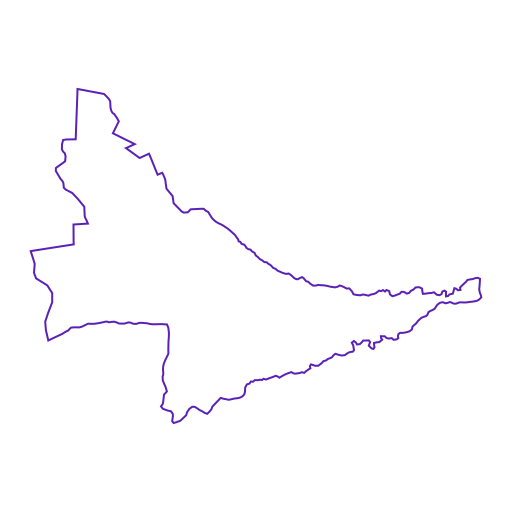 Kajiado North, Rift Valley, Kenya (orthographic projection)
{"feature_id": "3690345B68273600363858", "entity_name": "Kajiado North", "entity_type": "district", "adm_level": 2, "iso_a3": "KEN", "parent_name": "Kenya", "parent_adm1": "Rift Valley", "projection": "orthographic", "projection_center": [36.729, -1.37], "detail": "fine", "context": "isolated", "style": "outline", "palette": "violet", "viewbox_px": 512, "rotation_deg": 0, "n_neighbors": 0, "source": "geoboundaries", "source_scale": "gbopen_adm2", "svg_char_len": 5257}
<svg xmlns="http://www.w3.org/2000/svg" viewBox="0 0 512 512"><path d="M479.8,282.7L480.0,278.8L477.7,277.8L475.5,278.1L472.5,279.1L469.6,279.5L467.4,280.0L466.2,281.6L461.2,286.3L460.0,287.7L460.5,289.9L458.0,290.3L456.2,288.7L454.4,288.2L452.8,293.7L449.5,294.4L448.0,296.0L446.0,296.4L445.9,293.7L446.1,291.7L444.5,290.6L442.3,291.6L441.5,294.1L439.6,295.2L436.7,294.7L434.0,292.3L431.3,293.0L428.8,293.1L426.0,293.6L422.9,293.8L422.3,291.1L422.1,288.7L420.1,287.5L418.3,287.2L415.5,287.5L413.4,289.6L410.9,290.8L409.2,292.9L406.9,293.6L403.9,291.9L401.6,291.8L399.6,293.8L397.3,294.6L394.7,295.6L392.4,296.2L390.0,294.4L389.2,291.1L386.4,290.0L385.0,291.5L383.0,290.1L381.2,291.1L379.2,290.6L377.7,291.7L375.8,293.2L373.4,294.1L370.9,294.5L368.7,295.6L366.7,295.3L365.0,294.8L362.9,294.5L360.3,295.3L356.9,295.0L353.5,294.3L352.0,291.4L349.3,288.4L346.5,288.5L343.8,287.0L341.5,286.0L339.7,285.5L337.7,286.7L334.8,287.4L332.7,287.0L330.8,286.8L328.8,286.3L326.3,285.7L323.4,285.3L320.5,285.2L318.0,284.9L315.9,285.6L313.1,285.6L310.1,283.6L308.2,281.7L306.2,281.3L303.5,278.1L302.0,277.1L300.0,278.0L297.7,279.3L295.9,279.0L294.1,278.0L291.9,275.9L290.5,274.7L288.5,273.5L286.7,273.9L284.9,273.6L282.7,272.9L280.4,271.9L277.5,270.6L275.6,268.9L273.2,267.9L270.7,265.2L268.2,263.7L266.7,262.3L264.4,262.1L262.1,260.3L259.7,259.0L258.1,257.2L255.8,255.5L254.5,252.8L251.9,251.3L250.5,249.6L248.3,249.2L246.3,247.7L245.4,246.0L244.2,244.6L241.6,243.9L240.4,241.9L238.6,241.3L238.2,239.5L236.5,237.2L235.1,235.1L233.7,233.8L231.8,232.1L229.9,230.4L227.6,228.5L225.0,226.8L222.1,224.9L219.3,223.6L216.4,222.1L213.6,219.8L211.7,217.7L209.8,214.6L208.2,212.0L205.8,210.7L203.7,208.8L201.1,208.8L190.7,209.3L187.8,212.3L183.8,212.6L181.7,211.5L173.6,203.2L173.3,200.8L172.6,196.1L166.5,188.7L165.6,182.7L165.4,180.4L164.9,178.6L163.1,174.4L162.1,172.8L157.6,174.7L150.1,156.2L149.0,153.7L139.6,158.0L126.0,148.1L134.7,144.1L112.9,133.3L118.8,121.3L116.7,117.6L114.2,114.0L112.6,113.0L111.3,110.8L110.5,107.6L110.2,101.4L108.9,99.0L106.4,96.3L104.1,94.0L77.5,89.0L77.4,93.1L75.7,139.3L66.1,139.5L63.1,140.0L62.0,144.4L61.9,149.3L63.0,151.5L64.8,153.3L65.6,156.4L65.1,161.3L62.8,163.0L58.5,166.1L55.9,168.0L55.8,170.9L57.4,173.6L60.5,178.8L62.6,181.3L63.4,183.2L63.6,185.2L63.8,187.7L65.9,189.7L72.1,192.9L78.0,199.1L84.3,206.8L84.7,216.3L85.4,218.2L86.5,220.3L87.9,223.6L73.5,224.5L73.6,241.2L73.7,244.4L53.6,247.5L30.7,251.1L33.7,260.5L34.7,263.8L34.0,272.8L36.1,278.4L47.3,285.4L52.2,293.1L52.2,302.2L48.0,313.3L45.2,321.7L45.9,330.1L48.3,340.5L54.5,337.5L57.5,336.1L62.1,334.0L65.6,331.7L68.2,330.6L69.4,329.1L71.1,327.6L74.5,327.3L79.3,327.4L81.9,326.7L85.3,325.0L88.1,323.7L90.4,323.8L94.1,323.8L97.1,323.4L99.9,322.9L102.8,322.3L105.2,321.7L107.3,321.6L109.0,322.3L111.5,321.9L114.3,321.7L117.1,322.6L119.0,323.5L121.7,323.6L124.5,323.6L126.7,322.9L128.7,322.4L130.7,322.7L133.3,323.8L136.3,323.9L139.2,322.9L141.2,322.8L147.2,323.3L150.0,324.0L153.2,324.3L161.9,324.1L167.0,324.5L168.3,327.6L168.9,332.6L168.9,335.9L168.5,341.5L168.4,345.3L168.3,350.1L168.4,353.4L167.7,355.2L165.3,360.0L163.7,364.0L163.1,367.2L163.0,369.8L163.2,372.0L163.3,374.3L162.6,376.7L162.8,380.4L164.0,383.4L165.6,387.1L166.9,391.5L164.0,394.6L163.1,402.5L162.6,404.2L161.0,406.4L162.9,408.8L165.5,409.8L167.9,410.6L171.0,411.3L172.8,413.9L172.9,416.2L172.2,421.2L173.6,423.0L176.1,422.3L178.8,421.3L180.5,420.6L186.2,415.2L187.0,412.3L189.3,408.9L192.2,406.8L194.7,406.8L197.3,408.4L200.0,410.3L201.7,411.0L204.5,412.8L207.2,413.8L209.5,411.6L211.3,409.4L212.4,406.6L214.1,404.8L220.7,397.9L223.3,398.7L226.5,399.3L228.8,399.8L230.7,399.4L234.1,398.6L238.1,398.1L240.0,397.6L242.3,396.5L244.3,394.3L245.0,391.6L245.2,387.4L246.9,384.4L249.5,383.6L250.9,381.5L253.1,381.7L254.8,380.1L257.7,380.2L260.3,379.7L262.1,380.0L263.5,378.8L266.1,379.5L269.5,378.1L272.5,377.1L275.7,375.8L277.9,376.6L279.4,377.7L281.7,376.3L285.4,374.3L287.6,373.4L289.6,372.7L291.5,372.1L293.3,373.3L295.4,373.7L299.7,373.0L302.0,372.2L304.1,372.9L306.4,370.9L308.6,369.4L310.4,368.3L309.9,366.2L310.9,364.4L313.3,365.1L315.3,365.8L318.4,365.7L321.7,363.1L323.5,361.1L326.2,360.4L327.6,359.1L329.7,358.3L332.1,357.2L333.4,355.3L335.4,353.8L338.6,354.8L341.4,355.5L344.6,355.2L348.5,352.6L350.8,351.9L352.8,351.7L354.0,350.2L353.2,345.3L351.8,342.7L353.9,341.0L355.8,342.4L357.0,344.5L359.8,344.1L361.7,342.4L363.1,340.6L364.9,340.5L366.8,340.5L368.8,340.4L370.1,342.0L368.8,345.7L371.6,348.4L373.4,349.0L374.5,347.2L374.1,345.1L374.0,343.0L376.3,342.4L379.3,342.1L382.2,339.7L381.0,338.0L380.9,336.2L384.8,336.3L386.5,338.0L388.8,338.6L391.7,338.1L393.6,339.8L396.6,339.4L398.3,338.1L397.9,336.0L398.5,334.0L400.0,332.9L402.4,332.9L404.8,332.6L406.7,332.2L409.7,331.2L411.8,329.5L412.6,326.5L414.1,325.1L415.9,323.7L418.2,320.7L419.7,319.3L421.5,317.7L424.1,316.7L425.9,316.2L427.3,315.0L428.5,312.1L430.2,311.0L432.2,310.2L434.6,308.8L436.1,306.5L437.3,304.8L439.9,302.8L442.8,302.2L445.5,303.3L447.8,302.8L449.9,302.0L451.6,302.6L453.7,303.6L455.8,303.7L457.9,303.0L459.6,302.3L462.2,302.4L464.2,302.5L466.7,302.4L468.9,302.0L471.9,301.7L474.7,301.3L476.9,300.8L479.2,299.5L481.3,297.3L480.8,295.1L479.8,292.6L479.2,289.3L479.6,285.3L479.8,282.7Z" fill="none" stroke="#5b21b6" stroke-width="2"/></svg>